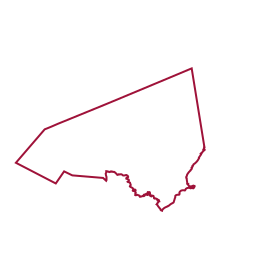 Magarini, Coast, Kenya (orthographic projection), rotated 26°
{"feature_id": "3690345B44163293085628", "entity_name": "Magarini", "entity_type": "district", "adm_level": 2, "iso_a3": "KEN", "parent_name": "Kenya", "parent_adm1": "Coast", "projection": "orthographic", "projection_center": [39.973, -2.829], "detail": "fine", "context": "isolated", "style": "outline", "palette": "rose", "viewbox_px": 256, "rotation_deg": 26, "n_neighbors": 0, "source": "geoboundaries", "source_scale": "gbopen_adm2", "svg_char_len": 5696}
<svg xmlns="http://www.w3.org/2000/svg" viewBox="0 0 256 256"><g transform="rotate(26 128 128)"><path d="M131.5,185.0L131.5,184.6L131.5,184.1L131.1,183.6L131.0,183.1L130.7,182.8L130.5,182.1L129.8,181.0L129.3,180.6L128.6,179.7L128.4,179.4L128.1,179.0L128.0,178.9L127.9,177.3L127.5,176.5L127.4,176.4L127.7,176.2L128.0,176.4L128.6,176.0L129.0,175.9L129.1,176.0L129.3,176.0L129.5,175.9L130.0,175.8L130.2,175.7L130.5,175.8L130.6,175.7L131.0,175.4L131.3,175.0L131.6,174.6L131.9,174.8L132.1,174.7L132.5,174.3L132.8,174.1L133.3,174.0L133.6,174.1L134.0,174.0L134.5,173.6L134.8,173.5L135.2,173.5L135.7,173.7L136.1,173.7L137.5,174.2L138.2,174.4L138.9,174.8L139.0,174.8L139.2,174.7L139.4,174.6L139.5,174.5L140.0,173.6L140.3,173.5L140.7,173.5L141.0,173.4L141.8,172.7L142.1,172.6L142.5,172.5L142.9,172.5L144.2,172.8L144.5,172.8L145.6,172.2L145.8,172.0L146.2,171.8L146.5,171.4L147.1,171.0L147.4,171.0L147.8,171.0L148.3,171.0L148.7,171.1L149.6,171.9L149.6,172.1L149.3,172.2L149.1,172.4L149.0,172.5L148.9,172.9L148.5,173.5L148.5,173.9L148.6,174.2L148.7,174.3L149.2,174.2L149.6,174.2L150.6,174.1L151.2,174.1L151.4,174.2L151.5,174.3L151.7,174.5L151.8,174.8L151.7,175.4L151.4,176.3L151.3,176.5L151.7,176.6L151.9,176.6L152.1,176.5L152.7,176.3L153.1,176.2L153.5,176.2L153.8,176.3L154.3,176.9L155.1,177.6L155.4,178.0L155.5,178.4L155.5,178.7L155.2,179.3L155.2,179.6L155.3,179.7L155.6,179.8L156.1,179.9L157.8,179.9L158.6,180.0L158.8,180.1L159.3,180.4L159.7,180.8L159.7,181.0L159.8,181.1L159.6,181.6L159.6,181.8L159.7,182.2L159.8,182.3L160.3,182.3L160.6,182.1L160.7,180.8L160.7,180.6L160.9,180.4L161.4,180.3L161.7,180.3L161.9,180.4L162.1,180.6L162.2,180.8L162.1,181.0L162.1,181.3L161.7,181.7L161.7,181.9L161.7,182.0L161.8,182.1L162.8,182.3L163.2,182.6L163.3,182.7L163.4,182.9L163.5,183.1L163.3,183.6L163.3,183.8L163.5,184.2L163.8,184.6L163.9,185.1L164.2,185.1L164.6,185.0L164.8,184.8L165.1,184.4L165.4,184.2L165.9,183.9L166.1,183.9L166.7,183.9L167.6,183.8L168.0,183.8L168.3,183.9L168.6,184.5L168.8,184.6L169.5,184.2L169.8,183.9L170.4,183.4L170.7,183.1L170.8,182.8L170.9,182.7L171.2,182.6L171.7,182.5L172.1,182.3L172.2,182.2L172.3,182.0L172.2,182.0L171.8,181.9L171.6,181.6L171.5,181.4L171.5,181.2L171.7,180.8L172.2,180.5L172.6,180.1L173.0,179.5L173.3,179.1L173.5,179.1L173.7,179.6L173.9,179.8L174.2,179.7L174.6,179.8L174.9,179.7L175.1,179.5L175.1,179.3L174.9,178.4L174.7,178.2L174.2,177.7L174.0,177.4L173.9,177.2L173.9,176.9L174.0,176.8L174.4,176.8L174.5,176.8L175.1,176.5L175.3,176.3L175.4,176.2L175.6,176.2L176.1,176.6L176.4,177.0L176.8,177.7L177.1,178.9L177.2,179.1L177.4,179.1L178.4,179.3L178.8,179.2L179.0,179.2L179.2,178.8L179.1,178.2L179.8,178.1L180.4,177.9L180.6,177.9L180.8,178.0L181.2,178.5L181.8,179.1L182.2,179.7L182.3,179.7L182.5,179.8L182.8,179.8L183.0,179.7L183.3,179.3L183.6,179.2L183.8,179.1L184.5,179.3L185.3,179.1L185.6,179.2L185.9,179.3L186.0,179.5L185.9,179.8L186.0,179.9L186.5,179.4L186.9,179.2L187.1,179.2L187.3,179.3L188.1,180.1L187.9,180.2L187.8,180.5L187.6,180.9L187.7,181.0L187.8,181.5L187.5,182.0L187.5,182.4L187.3,183.1L187.6,183.6L187.3,184.1L187.7,184.2L187.9,184.2L189.5,185.2L190.2,185.5L191.1,186.0L191.4,186.1L191.9,186.3L192.4,186.5L192.6,186.6L192.8,186.9L193.2,187.3L193.8,187.5L194.9,187.4L194.8,186.9L194.8,186.1L195.1,185.3L195.6,184.1L195.9,183.6L196.8,182.4L197.2,182.0L197.6,181.4L197.9,181.2L197.9,180.9L198.0,180.8L198.6,180.2L199.5,178.2L200.0,177.3L200.3,176.8L200.8,176.3L200.9,176.0L201.4,175.4L201.5,175.2L201.6,174.7L201.5,174.2L201.4,173.7L201.3,172.9L201.1,171.6L200.9,170.7L200.9,169.8L200.7,169.2L200.4,168.6L200.3,168.4L200.3,168.2L200.5,167.5L201.1,166.8L201.9,166.2L202.7,165.7L203.0,165.7L203.3,165.3L203.3,165.2L203.2,164.9L203.2,164.5L202.6,163.7L202.5,163.4L202.5,163.1L202.5,162.7L202.6,162.4L202.8,161.9L203.0,161.3L203.2,161.0L203.6,160.6L204.4,160.0L205.2,159.6L206.0,159.3L206.3,159.3L206.5,159.2L206.6,158.8L206.7,158.5L206.6,157.9L206.7,157.3L207.0,156.8L207.2,156.4L207.6,156.0L207.9,155.7L208.6,155.2L209.6,154.9L209.9,154.8L210.4,154.8L210.6,154.8L210.7,154.7L211.0,154.5L211.4,154.2L212.0,153.5L212.3,153.2L212.5,153.2L212.7,153.4L212.9,153.7L213.0,153.7L213.4,153.0L213.5,152.6L213.5,152.0L213.4,151.7L213.5,151.3L213.4,151.1L213.2,150.9L213.0,151.0L212.9,151.1L212.5,151.1L212.1,151.2L211.9,151.2L211.8,151.4L211.7,151.5L211.6,151.8L211.4,151.8L211.2,152.0L210.9,152.3L210.7,152.6L209.9,153.0L209.6,153.1L209.4,153.3L208.6,153.3L208.3,153.4L207.9,153.2L207.6,153.1L207.4,153.0L207.2,152.9L206.8,152.1L206.7,152.2L206.4,152.3L206.2,152.3L205.7,152.3L205.6,152.2L205.2,151.2L205.0,150.8L204.3,149.9L203.9,149.3L203.3,148.4L202.9,147.6L202.5,147.2L202.4,147.1L202.2,147.2L201.9,146.8L201.8,146.6L201.8,145.7L201.9,145.2L201.7,144.6L201.6,144.3L201.7,142.8L202.1,140.8L202.6,139.3L202.7,139.0L202.8,138.8L202.7,138.5L202.7,138.3L202.9,138.0L203.2,136.7L203.1,136.3L202.9,135.7L202.6,135.7L202.7,134.9L202.9,134.8L202.9,134.6L202.9,134.3L202.6,133.9L202.8,133.7L203.0,133.3L203.0,133.1L202.8,132.5L202.8,132.3L202.9,131.8L203.6,130.6L203.7,130.3L203.9,129.9L204.1,129.3L204.4,128.5L204.8,126.9L204.9,126.0L205.1,123.9L204.9,123.5L204.7,123.4L205.3,119.6L205.2,119.4L204.8,119.3L204.8,119.1L204.9,118.9L204.7,118.9L204.8,118.6L205.0,118.2L205.2,117.8L205.3,117.3L205.4,117.2L205.6,116.5L205.8,115.6L206.5,114.3L206.4,113.8L206.3,113.7L206.0,113.7L205.9,113.6L205.6,113.3L205.3,113.1L205.3,113.4L205.2,113.5L205.2,113.2L205.2,112.9L205.0,112.6L205.0,112.0L204.9,111.8L204.8,111.7L204.7,111.6L204.4,111.0L204.6,111.0L204.0,110.2L159.1,46.5L132.5,76.8L98.6,115.3L63.2,154.9L58.5,160.4L55.2,164.1L53.8,165.6L53.7,165.8L53.5,166.5L42.5,208.4L87.4,209.5L89.6,195.0L98.7,195.0L127.5,183.8L131.5,185.0Z" fill="none" stroke="#9f1239" stroke-width="2"/></g></svg>